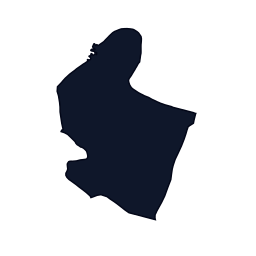 outline of Keo Oudom, Vientiane, Laos, rotated 42°
{"feature_id": "54806243B75308999712701", "entity_name": "Keo Oudom", "entity_type": "district", "adm_level": 2, "iso_a3": "LAO", "parent_name": "Laos", "parent_adm1": "Vientiane", "projection": "orthographic", "projection_center": [102.503, 18.574], "detail": "fine", "context": "isolated", "style": "filled", "palette": "ink", "viewbox_px": 256, "rotation_deg": 42, "n_neighbors": 0, "source": "geoboundaries", "source_scale": "gbopen_adm2", "svg_char_len": 3355}
<svg xmlns="http://www.w3.org/2000/svg" viewBox="0 0 256 256"><g transform="rotate(42 128 128)"><path d="M168.6,71.9L168.3,72.1L168.1,72.2L167.7,72.4L166.4,72.8L149.1,81.8L147.8,82.5L146.9,82.8L146.1,83.0L144.3,83.9L139.9,86.1L137.9,86.9L135.6,87.9L134.0,88.4L132.0,89.1L131.2,89.3L130.8,89.4L128.2,90.2L126.7,90.7L122.9,91.5L120.8,92.3L118.4,93.2L116.9,93.5L114.9,94.1L112.1,94.8L107.3,95.5L106.1,95.7L103.5,95.8L100.4,94.9L97.8,93.4L96.4,92.2L95.7,90.5L95.5,88.5L95.3,86.8L94.8,84.5L94.6,83.4L94.4,82.4L94.0,80.1L93.5,78.1L93.3,76.7L93.0,75.5L92.5,73.4L92.4,72.2L92.4,71.9L92.4,71.1L91.9,70.4L89.9,67.4L88.9,66.0L87.6,63.8L86.4,62.4L83.1,58.8L81.8,57.3L79.8,54.6L78.2,52.7L76.4,51.3L72.2,50.3L70.0,50.4L66.7,51.0L65.6,51.4L63.6,52.7L60.8,54.8L59.0,56.5L56.7,58.9L55.5,61.1L54.7,62.8L53.5,65.2L52.9,67.4L52.5,71.9L52.5,72.2L52.5,73.3L52.4,75.8L52.3,77.5L52.3,80.0L50.7,86.7L50.3,86.8L49.9,86.8L49.6,86.8L49.2,86.9L49.0,87.0L48.9,87.3L48.8,87.6L48.9,88.0L48.9,88.3L48.6,88.4L48.3,88.3L47.9,88.1L47.6,88.0L47.2,87.9L46.7,87.9L46.5,88.0L46.4,88.2L46.4,88.6L46.8,89.6L47.0,90.1L47.0,90.3L47.1,90.7L47.2,90.9L47.3,91.2L47.6,91.4L48.0,91.5L48.5,91.6L49.0,91.6L49.4,91.6L49.8,91.5L50.3,91.5L50.7,91.5L50.8,91.6L50.9,91.8L50.7,92.0L49.9,92.4L49.3,92.7L49.0,93.0L48.8,93.3L48.5,93.6L48.3,94.1L48.3,94.5L48.3,94.8L48.3,95.0L48.5,95.2L49.0,95.2L49.4,95.0L49.7,94.9L50.3,94.5L51.1,94.0L51.5,93.7L51.8,93.7L52.1,93.7L52.4,93.8L52.7,94.0L52.9,94.0L53.1,94.0L53.2,93.9L53.5,93.5L53.7,93.2L53.8,93.1L54.1,93.1L54.4,93.1L54.5,93.3L55.2,94.0L55.3,94.2L55.4,94.4L55.4,94.6L55.2,94.7L54.5,94.8L54.2,94.9L54.0,95.0L53.8,95.3L53.7,95.7L53.7,96.2L53.7,97.1L53.5,97.4L53.3,97.5L53.0,97.5L52.0,97.2L51.4,97.0L51.2,97.1L51.0,97.3L51.0,97.6L51.0,98.0L51.6,98.5L51.8,98.6L51.9,98.9L51.9,99.2L51.7,99.6L51.4,100.0L51.1,100.2L51.0,100.5L51.1,100.8L51.5,100.8L52.1,100.8L52.9,100.7L53.3,100.9L53.8,101.2L54.1,101.6L54.2,102.3L54.0,102.9L53.6,103.4L53.1,103.7L52.5,104.0L52.2,104.2L52.2,104.4L52.3,104.6L52.7,104.7L53.5,104.8L53.4,105.4L53.2,106.1L53.0,107.0L52.7,108.2L52.4,109.4L52.1,110.2L51.3,113.8L50.6,116.7L50.2,118.5L49.9,120.8L49.3,123.7L48.7,126.8L48.5,128.7L48.3,131.1L48.1,132.9L48.1,134.8L48.1,137.0L48.2,138.4L48.1,141.8L48.0,144.5L50.8,148.1L54.9,150.6L60.0,154.7L63.4,157.8L66.8,161.5L72.0,165.8L75.9,169.0L80.8,172.5L80.2,174.1L80.7,175.4L83.8,174.0L87.4,173.1L91.4,173.2L95.9,173.4L97.8,173.5L99.5,174.2L101.4,174.4L103.4,174.0L105.5,173.8L106.7,173.1L108.7,172.7L110.5,172.7L112.3,172.8L113.8,173.5L115.6,174.7L117.0,175.8L117.9,177.3L118.0,178.9L116.7,180.5L115.5,181.9L113.9,183.7L111.8,186.9L109.0,189.9L107.9,190.8L106.9,191.9L106.5,192.7L106.6,193.8L107.0,195.4L108.2,196.6L109.9,198.1L110.7,198.8L111.1,199.7L111.5,200.7L111.8,201.7L112.1,203.1L113.5,204.7L114.3,205.0L115.7,205.5L118.6,205.7L126.7,204.8L131.7,204.5L135.8,204.1L140.2,203.8L145.4,203.8L147.0,204.5L148.1,202.5L150.1,198.6L152.5,195.6L158.4,193.0L162.2,192.7L166.8,192.0L170.5,191.6L174.5,191.3L180.6,190.9L185.4,190.3L209.6,177.8L208.2,176.8L206.1,174.3L205.7,172.8L204.9,170.3L202.7,160.8L200.7,153.9L197.4,145.8L194.3,137.7L191.1,133.1L188.3,128.9L186.5,125.5L184.0,119.8L182.2,113.7L179.7,105.6L177.1,98.7L174.8,93.4L174.1,92.0L173.1,89.9L171.8,86.8L172.1,85.6L172.0,85.3L172.4,84.3L173.4,80.7L171.5,77.5L168.7,72.2L168.6,71.9Z" fill="#0f172a" stroke="#020617" stroke-width="1.5"/></g></svg>